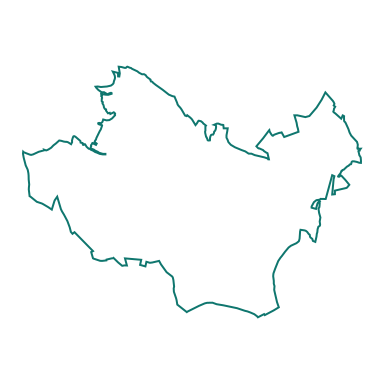 the district of Sincai, Mures, Romania
{"feature_id": "2599482B3867982596225", "entity_name": "Sincai", "entity_type": "district", "adm_level": 2, "iso_a3": "ROU", "parent_name": "Romania", "parent_adm1": "Mures", "projection": "orthographic", "projection_center": [24.372, 46.658], "detail": "fine", "context": "isolated", "style": "outline", "palette": "teal", "viewbox_px": 384, "rotation_deg": 0, "n_neighbors": 0, "source": "geoboundaries", "source_scale": "gbopen_adm2", "svg_char_len": 5947}
<svg xmlns="http://www.w3.org/2000/svg" viewBox="0 0 384 384"><path d="M274.2,289.8L274.5,286.1L273.8,283.8L273.8,280.9L273.2,276.3L273.3,274.7L273.5,273.3L275.2,268.6L278.2,261.1L280.4,257.8L281.8,256.1L285.0,251.8L288.6,247.5L291.0,245.7L296.4,243.2L298.8,241.3L299.3,239.8L299.6,238.5L300.1,231.5L300.5,229.8L304.6,230.4L305.8,230.8L307.2,231.9L308.7,234.0L309.7,234.7L310.0,236.6L310.4,237.4L312.3,238.9L312.9,240.9L315.3,241.9L316.5,236.5L316.8,233.8L317.3,232.3L317.6,229.2L318.4,226.7L319.7,225.9L320.0,225.3L320.1,224.4L319.7,221.5L320.4,217.5L319.1,212.9L318.5,208.7L319.3,207.3L319.5,206.1L319.7,203.5L319.2,203.0L319.4,202.2L320.0,201.7L319.7,201.2L318.4,202.1L317.5,203.4L316.0,208.9L311.6,207.7L311.6,206.5L313.9,202.2L316.2,200.3L316.7,200.1L319.8,199.7L320.5,198.9L325.7,199.0L332.2,175.2L334.4,176.2L333.6,179.3L332.2,194.5L334.9,194.2L334.9,190.6L346.2,188.0L347.0,187.6L349.3,184.8L345.4,180.0L341.5,175.8L340.8,175.4L339.3,176.7L338.3,176.7L338.1,176.4L338.6,175.5L340.4,173.4L341.5,170.9L342.1,170.8L342.5,170.0L343.7,169.7L347.0,166.6L348.9,165.5L349.7,164.5L351.0,164.2L351.2,163.9L351.6,162.1L352.0,161.6L352.5,161.3L353.9,161.3L356.8,161.9L359.1,162.7L360.9,162.9L361.0,161.2L360.7,157.6L360.2,156.5L359.4,155.4L358.8,152.6L358.4,151.3L358.5,150.9L359.7,150.6L359.8,150.0L360.7,148.7L357.9,148.8L358.0,148.1L357.4,147.9L357.6,147.0L357.8,144.7L357.0,141.9L351.2,135.6L349.6,132.6L348.4,129.0L346.0,123.7L345.3,122.3L344.3,121.4L344.1,120.6L344.0,117.4L344.1,116.2L343.6,115.8L342.7,115.4L341.7,117.8L341.2,118.7L335.4,113.5L333.8,112.3L333.3,111.7L333.8,110.2L334.0,108.7L335.2,106.7L333.7,105.5L334.2,104.5L334.4,103.7L333.5,101.8L332.8,100.8L325.4,92.4L321.6,99.8L316.6,107.6L309.4,116.0L305.4,117.1L297.2,115.3L294.4,115.3L296.6,122.8L297.2,126.3L297.9,128.6L298.5,131.8L284.2,137.0L281.6,132.4L279.8,132.9L279.4,132.8L274.2,134.7L273.0,135.7L272.5,135.7L271.4,134.5L270.0,132.2L269.5,131.2L269.3,130.1L269.1,130.3L263.1,138.3L256.4,146.3L258.0,148.0L258.6,148.4L259.3,148.4L263.1,150.1L263.9,151.0L266.1,152.5L267.5,153.2L268.9,159.3L268.2,159.3L267.7,158.5L264.5,157.4L254.7,155.1L251.5,153.7L248.6,153.6L245.3,151.4L241.7,150.1L235.0,147.3L230.8,144.8L228.4,142.1L227.4,139.3L227.0,138.8L226.5,137.6L226.5,135.2L227.2,131.6L227.7,128.3L223.7,128.3L223.3,125.0L223.0,124.9L221.1,124.7L218.4,123.6L216.9,123.6L214.1,124.8L215.7,125.3L215.9,125.5L216.0,126.0L216.1,127.0L215.8,129.0L215.2,130.6L214.2,131.6L213.9,133.2L213.1,134.6L212.0,134.6L211.1,135.0L210.4,136.3L210.0,138.1L210.0,140.1L209.9,140.4L208.3,140.5L207.8,140.3L207.5,139.9L207.3,138.9L206.7,137.8L206.7,137.4L206.1,136.8L205.2,133.0L205.1,131.6L205.4,130.6L205.4,126.4L206.0,125.6L203.2,123.4L202.7,122.6L201.1,121.3L198.8,120.7L198.3,121.0L196.8,123.5L195.5,125.1L192.2,119.7L191.4,118.7L189.9,117.3L187.2,115.2L186.6,116.1L185.1,115.6L181.5,109.4L180.2,107.6L178.6,105.9L177.6,104.5L177.1,102.8L174.5,96.6L172.3,96.1L168.8,94.6L162.7,89.8L155.9,85.0L153.0,82.7L152.4,81.9L151.3,81.3L151.0,81.4L150.4,80.4L150.5,79.6L147.5,77.4L146.6,76.6L145.8,75.3L144.6,74.5L144.0,74.2L142.1,74.3L139.2,72.8L137.3,71.3L132.0,68.8L131.0,68.0L129.7,67.7L127.5,66.7L127.0,66.8L125.8,67.9L124.8,67.9L121.4,67.0L118.7,66.7L119.8,73.4L119.3,76.5L118.1,76.4L118.0,72.9L112.8,71.6L114.4,74.8L114.8,75.9L115.0,77.9L114.7,79.2L114.0,81.0L113.5,83.3L112.7,84.3L110.9,85.6L107.0,86.5L100.9,87.0L97.8,86.5L95.6,86.7L96.3,87.8L98.4,90.0L101.1,91.9L102.1,92.3L104.0,92.2L107.5,94.3L109.5,93.2L111.0,92.8L111.6,93.1L111.6,93.8L108.2,94.8L105.8,94.7L101.2,94.0L101.3,94.7L102.0,94.8L102.1,95.3L102.0,95.6L101.5,95.7L101.3,96.0L101.6,96.2L102.1,98.0L101.8,98.6L101.7,101.0L101.9,101.6L102.8,102.1L102.8,102.5L102.5,103.5L103.5,105.1L103.9,106.8L103.9,107.1L104.3,108.0L104.7,108.7L105.2,109.2L105.8,109.2L106.1,109.5L106.0,110.6L108.0,113.3L109.8,112.8L110.3,114.0L113.8,112.3L115.1,113.5L115.1,114.0L114.7,114.5L115.0,115.3L112.1,118.4L110.5,119.4L109.3,120.1L107.1,120.3L106.3,120.3L103.2,119.5L102.5,121.8L101.7,122.7L101.0,123.2L99.1,122.9L98.3,123.1L98.2,123.6L98.5,124.1L100.0,124.7L101.9,125.1L102.1,125.5L100.8,129.4L99.7,131.2L96.4,138.0L95.9,139.7L95.3,140.3L94.8,141.3L94.6,142.0L96.7,143.6L96.0,144.9L93.4,143.6L92.6,143.0L92.3,143.1L91.8,144.2L91.2,144.9L91.0,145.6L91.2,146.1L90.8,147.1L90.7,147.2L90.8,148.4L93.8,149.6L95.3,150.7L97.8,151.8L99.2,152.8L103.0,153.9L105.4,153.9L105.4,154.4L102.8,154.4L99.8,153.9L96.6,152.5L95.3,152.1L93.1,150.7L90.8,149.7L89.9,148.9L88.7,148.7L86.6,146.8L85.1,144.3L84.4,144.2L83.7,144.9L83.1,144.9L82.7,144.0L83.0,143.6L82.5,143.0L80.6,142.6L80.3,140.9L75.5,136.8L74.4,136.2L73.8,136.2L73.3,136.5L72.6,138.3L72.0,140.5L72.1,142.2L71.1,144.2L68.1,142.3L66.7,141.8L66.2,141.9L63.9,141.6L61.2,140.8L59.2,140.5L56.0,143.4L53.4,145.4L51.2,147.7L48.4,149.5L46.6,150.3L46.1,150.4L44.4,149.8L44.6,150.2L38.7,151.8L33.1,154.4L31.1,154.9L29.8,154.6L26.1,153.2L23.7,152.2L23.2,151.7L23.0,153.4L23.1,154.4L23.7,157.7L25.7,165.4L27.6,169.5L27.9,170.6L28.4,173.3L28.6,175.5L28.7,179.5L29.2,184.5L28.9,187.5L28.8,189.5L29.6,196.2L30.4,196.6L36.8,201.8L41.9,203.5L43.4,204.3L48.3,207.2L51.8,209.6L54.4,201.1L54.8,200.2L57.2,196.7L60.9,209.1L62.0,211.4L64.0,214.7L67.4,221.1L69.7,227.3L70.7,231.2L70.8,231.8L72.5,233.8L74.5,232.2L93.0,251.1L91.2,252.1L93.0,258.3L93.5,258.6L100.1,260.8L102.1,260.9L106.4,260.4L106.5,259.6L111.5,258.4L113.2,258.2L113.5,257.9L118.2,262.5L122.2,265.8L124.6,265.4L126.9,265.5L125.0,258.4L141.2,259.8L140.1,264.9L145.4,266.4L146.4,261.8L149.9,262.8L152.3,262.5L159.1,260.9L161.0,264.4L166.6,272.2L172.3,276.6L172.9,277.8L173.4,280.1L174.1,286.6L173.7,288.4L173.9,291.8L176.1,298.3L176.6,300.3L177.3,304.6L186.8,312.1L187.1,311.8L198.9,305.9L204.7,303.4L207.1,302.8L212.5,302.7L216.6,304.2L223.3,305.3L237.1,308.2L244.9,310.8L247.4,311.4L250.4,312.5L254.3,314.2L257.1,316.3L257.9,317.3L264.1,314.1L264.8,315.1L273.7,310.4L278.8,307.3L277.0,302.1L274.5,291.3L274.2,289.8Z" fill="none" stroke="#0f766e" stroke-width="2"/></svg>